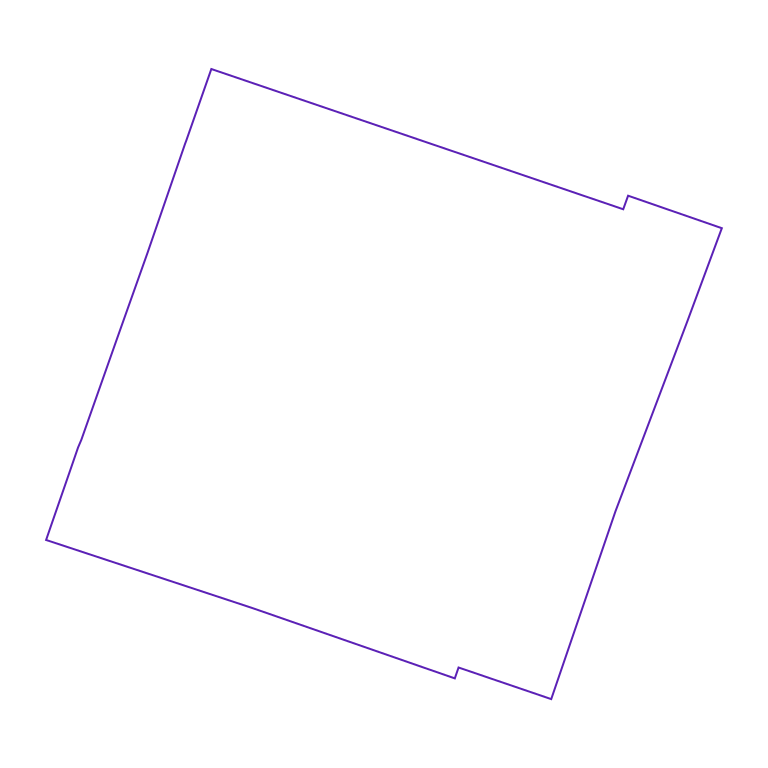 Clark, Kansas, United States of America (Natural Earth projection), rotated 109°
{"feature_id": "52423323B23094259623608", "entity_name": "Clark", "entity_type": "district", "adm_level": 2, "iso_a3": "USA", "parent_name": "United States of America", "parent_adm1": "Kansas", "projection": "natural_earth1", "projection_center": [-99.798, 37.237], "detail": "fine", "context": "isolated", "style": "outline", "palette": "violet", "viewbox_px": 768, "rotation_deg": 109, "n_neighbors": 0, "source": "geoboundaries", "source_scale": "gbopen_adm2", "svg_char_len": 454}
<svg xmlns="http://www.w3.org/2000/svg" viewBox="0 0 768 768"><g transform="rotate(109 384 384)"><path d="M641.5,652.7L638.7,434.9L639.3,221.2L627.8,221.2L627.5,123.3L429.0,123.7L226.2,117.6L126.7,115.3L126.5,214.5L140.9,214.7L142.4,649.8L218.6,650.2L221.5,650.3L222.7,650.3L228.2,650.3L337.2,650.3L418.6,651.1L428.8,651.2L429.3,651.2L535.4,652.0L543.6,652.6L564.8,652.6L626.1,652.7L641.5,652.7Z" fill="none" stroke="#5b21b6" stroke-width="2"/></g></svg>